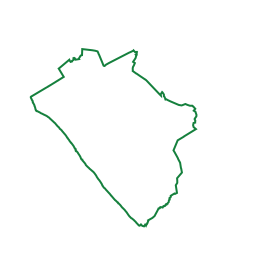 Liepupes pag., Salacgrivas, Latvia (Albers equal-area conic projection), rotated 326°
{"feature_id": "27541924B57299636563148", "entity_name": "Liepupes pag.", "entity_type": "district", "adm_level": 2, "iso_a3": "LVA", "parent_name": "Latvia", "parent_adm1": "Salacgrivas", "projection": "albers", "projection_center": [24.439, 57.482], "detail": "fine", "context": "isolated", "style": "outline", "palette": "green", "viewbox_px": 256, "rotation_deg": 326, "n_neighbors": 0, "source": "geoboundaries", "source_scale": "gbopen_adm2", "svg_char_len": 5258}
<svg xmlns="http://www.w3.org/2000/svg" viewBox="0 0 256 256"><g transform="rotate(326 128 128)"><path d="M64.8,47.9L64.7,48.1L64.5,48.3L64.4,48.7L64.3,49.3L64.3,49.5L64.3,49.9L64.1,50.5L64.0,50.8L64.1,51.4L64.0,51.6L64.0,51.8L64.1,52.0L63.8,52.6L63.7,53.2L63.6,53.5L63.3,53.7L63.3,54.0L63.4,54.4L63.3,55.0L63.3,55.5L63.2,56.2L63.2,56.5L62.9,57.2L62.9,57.5L62.7,57.8L62.7,58.1L62.5,59.0L62.3,59.4L62.2,59.8L61.7,61.0L61.8,61.3L61.7,61.5L61.5,61.9L61.5,62.2L61.6,62.6L61.7,62.9L62.0,63.0L62.1,63.3L62.3,63.5L63.0,64.8L63.6,65.8L64.0,66.9L65.1,68.6L65.5,69.5L66.1,70.4L66.8,71.7L67.0,71.9L67.2,72.4L67.7,73.4L67.7,73.8L68.2,74.8L68.4,75.3L68.5,75.7L68.5,76.2L68.6,76.6L68.9,77.7L69.1,78.6L69.2,79.0L69.4,79.9L69.5,80.2L69.8,81.7L69.9,81.9L69.9,82.2L70.3,83.5L70.3,84.0L70.3,84.5L70.5,85.8L70.5,86.1L70.5,86.3L70.6,86.6L70.6,87.0L70.8,87.9L71.0,88.6L71.1,88.9L71.1,89.2L71.0,90.3L71.1,90.5L71.1,90.8L71.4,91.5L71.6,92.5L71.7,92.9L71.7,94.1L71.9,95.2L71.9,95.8L72.0,96.3L72.1,97.6L72.2,97.9L72.3,99.5L72.3,100.6L72.3,100.8L72.2,101.6L72.3,101.9L72.2,102.4L72.4,103.0L72.3,103.3L72.3,104.0L72.4,104.7L72.4,104.8L72.4,105.4L72.3,106.2L72.4,106.9L72.4,107.2L72.4,107.5L72.4,107.9L72.5,107.9L72.6,108.3L72.7,110.0L72.8,112.5L72.7,113.2L72.6,114.7L72.6,114.9L72.6,115.1L72.4,115.3L72.5,115.8L72.6,116.1L72.8,116.3L72.1,117.7L71.0,117.8L72.1,117.9L72.4,118.7L72.5,119.5L72.6,120.0L72.6,120.3L72.5,121.1L72.5,121.7L72.5,121.9L72.5,123.7L72.4,125.1L72.2,126.1L72.0,126.8L71.9,127.2L72.0,127.7L71.9,127.9L71.9,128.1L72.0,128.3L72.2,128.9L72.2,129.1L72.3,129.1L72.2,129.4L72.1,129.7L72.3,130.5L72.3,131.0L72.5,132.5L72.5,132.9L72.6,133.8L72.5,134.3L72.4,134.6L72.4,135.4L72.5,135.9L72.6,136.6L73.0,138.4L73.0,138.5L73.3,139.4L73.3,140.0L73.5,140.7L73.6,141.0L74.8,145.4L74.9,146.6L75.0,149.6L74.8,151.0L74.8,152.0L74.8,152.3L74.8,152.8L74.8,153.7L74.9,154.6L75.0,155.3L75.0,156.9L75.0,157.6L75.0,158.2L74.9,159.0L75.0,159.2L74.9,160.0L74.8,160.3L74.7,161.1L74.6,161.3L74.7,161.5L74.6,161.8L74.7,162.7L74.6,163.3L74.6,163.8L74.7,164.2L75.0,164.9L75.0,165.0L75.1,165.3L75.2,166.9L75.4,168.0L75.8,170.8L75.9,171.5L76.0,171.7L76.0,172.2L76.1,172.5L76.1,173.2L76.2,173.6L76.2,174.0L76.1,174.3L76.3,174.7L76.5,176.7L76.6,177.5L76.7,178.4L76.7,178.8L76.9,179.7L76.9,180.2L76.9,180.4L77.1,180.8L77.3,181.6L77.6,183.0L77.7,183.7L77.8,183.8L77.8,184.4L77.8,184.6L78.0,184.6L78.0,185.0L78.1,185.5L78.3,186.4L78.4,187.2L78.5,187.4L78.6,188.5L78.6,189.7L78.7,190.0L78.7,190.7L78.9,191.2L79.0,191.9L79.4,193.8L79.5,194.8L79.5,195.3L79.6,196.4L79.7,196.7L79.7,197.0L79.7,198.6L79.7,199.5L79.7,200.4L79.8,202.2L80.0,202.8L80.0,203.2L80.3,204.6L80.5,204.8L80.7,205.3L81.0,206.3L81.3,207.3L81.4,207.7L81.5,208.5L81.8,209.7L81.9,210.4L81.9,211.0L82.1,212.2L82.2,212.8L82.3,213.3L82.4,214.3L82.5,214.7L82.6,215.0L83.1,215.2L83.2,215.5L84.8,215.2L85.1,217.1L86.3,218.5L88.2,217.7L88.3,218.9L88.3,219.0L88.6,218.8L89.5,218.4L89.9,218.3L90.1,218.1L90.3,218.0L90.4,217.9L90.6,217.7L90.8,217.7L91.2,217.6L91.3,217.4L93.1,216.2L93.1,215.8L98.0,216.2L99.5,216.0L100.7,215.9L102.2,215.1L106.4,212.9L107.1,212.5L108.3,211.8L108.5,212.1L108.8,212.2L109.5,212.3L109.7,212.2L109.8,212.0L110.1,211.7L110.8,211.8L111.5,212.4L111.6,212.6L112.1,213.2L112.3,213.3L113.6,212.6L114.5,212.8L114.6,213.2L115.0,213.3L115.6,213.2L116.0,213.0L116.1,212.8L116.3,212.7L116.4,212.8L116.7,212.6L116.8,212.5L117.0,212.6L117.3,212.7L117.5,212.6L117.8,212.7L117.8,212.9L118.1,212.8L118.3,212.9L118.5,212.6L118.9,212.5L120.3,212.2L121.4,210.9L121.8,210.7L122.5,210.7L122.7,209.9L123.4,209.2L123.9,209.4L124.1,209.4L124.6,209.1L125.0,209.0L125.5,208.1L129.9,208.3L130.1,208.9L132.3,209.2L135.6,202.2L138.2,201.0L139.4,199.2L140.6,197.1L147.8,195.1L149.4,191.4L149.5,190.8L151.6,186.3L151.8,185.9L152.2,182.0L152.5,180.7L153.1,174.1L153.2,172.0L162.3,166.0L164.0,166.1L169.4,166.4L169.6,166.3L183.7,166.9L182.9,163.9L183.6,162.0L184.9,160.8L185.2,160.5L186.7,161.1L187.0,160.6L187.9,159.6L188.0,158.4L188.2,157.9L188.5,157.9L188.8,157.5L189.2,157.4L189.7,157.1L190.9,156.7L191.4,156.4L191.7,155.9L192.1,155.4L193.0,152.2L192.2,150.4L194.5,149.7L194.2,147.2L193.8,146.0L193.9,145.9L193.7,145.4L191.8,144.2L190.0,141.8L189.0,140.2L185.1,139.3L183.0,137.3L178.1,129.7L176.5,127.0L176.2,126.4L175.7,125.4L175.0,125.3L175.1,124.8L175.3,124.6L175.7,122.3L175.5,121.7L176.4,120.5L176.5,119.7L176.5,117.7L176.4,117.3L174.0,118.3L173.4,119.5L173.0,117.5L169.8,98.5L167.1,91.8L165.5,87.7L165.3,87.5L163.8,83.4L164.0,83.2L165.0,81.6L165.4,81.0L166.4,80.1L167.7,79.5L170.0,78.0L169.2,76.0L173.3,74.3L175.3,72.6L175.4,71.7L176.2,72.1L176.6,71.6L176.8,70.9L177.3,70.6L177.1,70.2L177.1,69.8L177.4,69.8L177.6,69.7L177.3,69.5L177.0,69.6L176.6,69.5L176.5,69.2L176.3,69.1L176.2,68.3L176.0,67.7L176.1,67.3L176.0,66.8L175.8,66.9L172.8,66.5L171.3,66.2L168.9,65.9L148.8,63.5L145.0,63.2L143.3,63.5L142.7,62.9L142.6,62.6L143.4,58.9L144.5,53.4L144.9,51.5L145.1,50.0L145.1,49.8L145.4,48.9L145.6,47.5L144.0,45.6L141.9,43.6L134.2,37.0L130.6,41.9L129.3,41.5L126.0,43.0L125.9,43.3L125.9,43.5L122.7,42.0L122.9,40.4L122.5,39.7L121.8,39.6L121.5,40.4L121.7,40.9L121.7,41.0L119.0,41.1L118.8,41.5L117.4,41.1L117.3,39.5L117.4,39.0L117.5,38.6L104.1,40.0L103.8,40.0L103.3,49.7L88.0,49.1L65.1,47.8L64.8,47.9Z" fill="none" stroke="#15803d" stroke-width="2"/></g></svg>